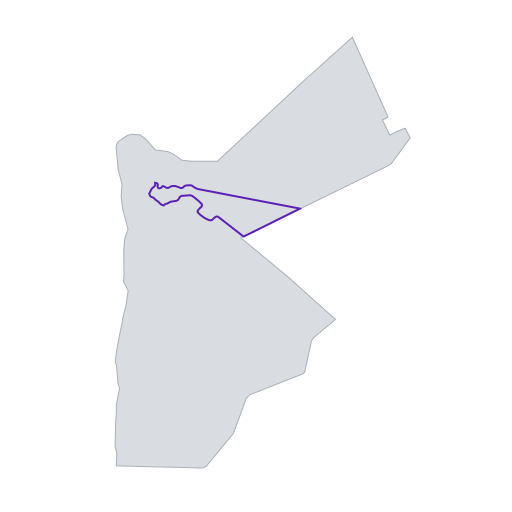 Zarqa highlighted on a map of Jordan, rotated 351°
{"feature_id": "JOR-860", "entity_name": "Zarqa", "entity_type": "Province", "adm_level": 1, "iso_a3": "JOR", "parent_name": "Jordan", "parent_adm1": "", "projection": "natural_earth1", "projection_center": [36.356, 31.849], "detail": "fine", "context": "in_parent", "style": "outline", "palette": "violet", "viewbox_px": 512, "rotation_deg": 351, "n_neighbors": 0, "source": "natural_earth", "source_scale": "10m", "svg_char_len": 2459}
<svg xmlns="http://www.w3.org/2000/svg" viewBox="0 0 512 512"><g transform="rotate(351 256 256)"><path d="M151.9,116.2L160.3,118.2L165.1,122.8L173.2,135.5L185.8,139.3L190.8,142.9L197.7,149.7L206.1,152.1L232.7,156.4L253.9,142.1L271.8,130.1L292.1,116.4L305.9,107.1L329.4,91.2L344.9,81.2L365.3,68.0L385.4,55.0L391.1,76.2L396.7,97.0L402.5,118.5L408.2,139.4L402.2,141.4L407.0,157.5L414.8,155.0L423.2,153.1L426.8,163.4L415.3,174.9L403.8,186.1L401.1,187.3L386.0,192.0L355.1,201.5L334.3,207.9L307.9,216.0L285.8,222.8L264.0,229.5L243.8,235.7L255.4,248.8L273.1,268.9L284.9,282.3L298.8,299.5L311.3,314.8L324.6,331.1L315.3,336.6L300.1,345.7L298.6,347.3L297.3,349.0L291.0,365.3L286.1,378.0L284.4,379.6L263.1,384.3L241.6,389.1L228.0,392.1L223.9,395.4L215.1,411.3L205.9,427.7L190.6,441.2L173.7,456.1L169.5,457.0L157.2,454.7L136.2,450.8L115.9,447.1L102.0,444.5L85.2,441.4L87.7,428.8L87.0,422.0L91.1,399.7L93.5,389.1L94.7,381.3L100.5,365.5L99.8,360.4L101.1,342.2L100.5,338.7L103.2,328.8L108.2,314.4L113.0,302.0L114.8,296.4L119.8,284.7L124.3,270.3L121.9,262.4L121.2,260.8L123.1,251.8L123.0,251.7L125.2,236.9L126.4,228.9L129.1,218.4L133.8,209.4L131.7,188.3L132.0,176.9L134.9,164.0L133.4,148.8L134.8,127.3L135.1,125.2L136.8,122.6L138.1,121.3L147.8,116.8L151.9,116.2Z" fill="#d9dde1" stroke="#a8b0b8" stroke-width="1"/><path d="M306.9,216.1L302.3,217.5L282.8,223.6L263.4,229.7L246.9,234.8L246.6,234.7L224.6,211.2L223.1,210.8L221.8,211.2L218.0,213.6L216.6,213.7L214.7,212.9L211.3,210.5L207.8,207.1L205.7,204.5L205.2,203.5L205.3,202.6L205.9,201.7L207.7,200.2L209.9,198.8L210.6,197.6L210.5,196.1L208.2,193.0L203.7,187.9L202.1,186.5L200.5,185.7L192.2,185.0L190.5,185.4L189.6,186.2L188.1,188.1L187.0,188.8L185.4,189.1L180.4,189.0L176.5,190.3L175.3,190.4L174.3,190.6L172.8,191.6L171.7,191.2L170.2,190.1L167.6,186.7L165.7,184.9L163.9,182.4L162.3,181.5L161.8,181.3L161.2,180.6L160.8,180.1L160.3,177.7L163.3,173.5L164.2,172.8L165.4,172.0L166.4,171.5L167.1,170.8L167.5,170.0L167.8,167.9L169.4,168.5L170.0,169.3L170.3,169.9L170.2,170.5L169.8,171.1L169.6,171.8L169.7,172.7L170.0,173.4L170.8,174.0L171.7,174.1L172.6,173.9L173.4,173.5L174.5,172.4L175.3,172.5L176.2,173.1L178.2,174.6L179.4,175.0L180.4,174.9L182.1,174.2L182.9,174.0L183.9,173.8L187.0,174.2L190.2,175.8L191.6,176.8L192.8,177.2L194.0,177.2L195.0,176.7L195.8,176.0L196.8,175.6L198.3,175.4L202.5,175.9L203.9,176.6L206.4,179.1L209.1,180.8L306.7,216.0L306.8,216.0L306.9,216.1Z" fill="none" stroke="#5b21b6" stroke-width="2"/></g></svg>